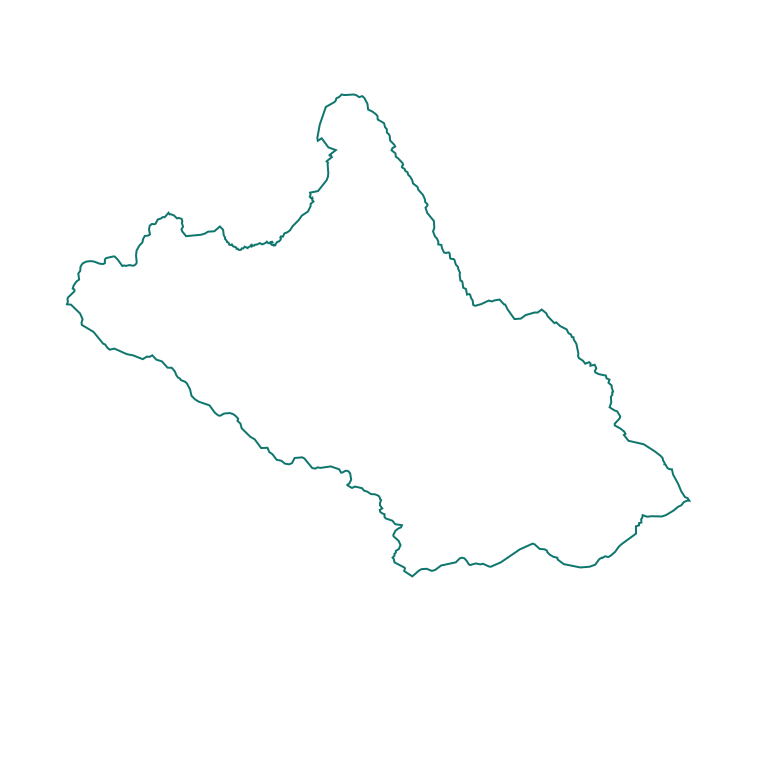 outline of Bo Phloi, Kanchanaburi, Thailand, rotated 317°
{"feature_id": "78962969B59995610664778", "entity_name": "Bo Phloi", "entity_type": "district", "adm_level": 2, "iso_a3": "THA", "parent_name": "Thailand", "parent_adm1": "Kanchanaburi", "projection": "albers", "projection_center": [99.464, 14.382], "detail": "fine", "context": "isolated", "style": "outline", "palette": "teal", "viewbox_px": 768, "rotation_deg": 317, "n_neighbors": 0, "source": "geoboundaries", "source_scale": "gbopen_adm2", "svg_char_len": 6156}
<svg xmlns="http://www.w3.org/2000/svg" viewBox="0 0 768 768"><g transform="rotate(317 384 384)"><path d="M544.0,142.6L541.8,143.9L539.9,144.0L530.4,141.7L513.9,150.5L503.0,158.6L501.5,161.0L506.0,161.8L504.7,173.0L508.3,180.1L500.2,179.4L500.0,179.9L501.0,180.9L500.6,182.5L493.9,182.0L493.9,184.0L492.6,184.9L486.9,192.0L484.3,194.2L481.1,195.8L467.3,197.9L460.4,193.6L459.5,195.4L457.4,196.4L457.4,198.0L458.3,198.5L457.7,198.8L458.2,199.7L457.0,200.4L456.9,202.4L453.3,202.2L451.5,203.9L446.0,206.0L438.6,204.8L433.8,205.9L424.6,206.3L420.0,207.5L416.6,207.1L413.9,205.9L410.6,207.3L409.3,205.8L408.0,206.2L407.9,207.3L406.7,208.0L404.3,208.1L403.0,207.3L399.7,207.8L399.1,208.4L397.9,207.7L398.2,206.8L397.0,206.1L396.8,204.9L397.9,204.0L399.1,204.3L399.2,203.7L397.9,202.8L396.0,202.8L395.4,201.9L395.4,200.0L393.5,200.1L390.1,198.8L389.3,196.3L386.3,195.4L384.5,194.1L383.5,194.3L382.7,193.5L381.3,193.3L382.1,191.9L381.3,191.7L380.9,192.4L377.6,191.3L376.9,191.6L375.8,188.6L373.4,188.8L372.4,187.8L371.3,188.3L370.0,187.8L369.1,186.3L369.3,185.3L368.4,184.7L369.0,183.2L367.5,180.4L367.9,178.2L367.1,178.2L365.9,176.7L366.7,174.5L366.0,173.1L366.7,171.8L366.7,169.4L367.6,168.6L368.3,165.8L371.5,161.5L371.4,156.9L364.1,156.6L359.2,152.6L355.5,151.8L351.9,150.0L340.1,140.9L340.5,134.8L341.4,132.7L344.3,131.9L346.1,128.2L347.4,127.6L348.6,125.2L347.0,122.4L345.6,121.8L345.3,117.4L343.8,114.3L342.9,113.7L343.2,111.8L337.4,112.5L336.0,111.0L333.9,110.9L330.7,109.4L326.2,111.0L325.1,110.6L323.3,108.6L320.6,108.5L317.6,110.6L314.9,115.0L312.7,114.6L310.0,112.6L306.9,113.6L303.8,115.7L299.6,115.9L294.0,117.7L290.2,121.0L286.2,126.3L285.0,127.0L282.6,127.1L281.1,126.3L278.8,123.3L275.7,121.6L274.9,120.1L273.1,119.3L274.1,111.4L274.0,107.2L273.2,106.2L266.6,102.4L264.8,102.6L262.2,105.3L260.3,104.6L258.1,102.1L255.4,96.6L253.2,94.0L249.7,91.4L246.2,90.4L244.0,90.6L241.7,91.5L239.0,94.1L235.8,94.7L232.2,99.7L228.8,99.3L224.3,100.3L221.4,101.9L222.0,103.7L220.8,105.1L211.7,105.2L210.2,106.3L209.1,108.1L206.5,109.5L209.2,112.5L209.8,125.1L207.8,131.0L204.6,132.9L203.3,134.7L207.1,147.8L206.1,162.9L207.0,165.0L206.4,168.9L206.8,171.8L211.0,174.3L216.2,186.7L220.0,191.9L224.5,201.3L229.4,202.3L230.9,204.2L234.1,205.0L234.1,210.9L237.0,216.0L236.8,224.4L239.8,227.4L239.6,232.2L238.0,236.3L237.8,238.7L238.5,240.8L238.1,242.5L240.0,246.6L240.3,248.9L238.5,255.6L235.2,261.3L235.3,266.3L236.5,270.7L241.8,280.6L240.7,289.7L241.4,294.1L242.6,295.5L247.0,296.6L251.4,300.1L253.0,302.8L253.7,305.9L253.7,309.9L251.7,311.0L252.0,315.0L249.7,319.4L250.2,331.4L251.7,336.2L250.5,347.1L255.3,351.2L253.7,355.5L254.5,359.2L253.8,366.2L256.6,370.2L257.2,374.6L259.8,378.0L262.6,379.1L268.2,377.2L274.2,381.9L275.0,384.2L274.2,396.5L276.0,399.0L278.6,399.7L280.4,402.1L288.8,407.9L293.0,415.7L292.2,419.6L293.1,420.4L296.6,421.2L297.9,422.4L298.5,424.1L298.2,426.4L294.7,431.6L290.8,433.1L288.4,432.7L288.2,433.3L289.7,438.2L292.8,439.2L296.9,445.2L296.6,448.1L298.4,451.5L299.4,455.7L302.1,458.4L303.8,462.1L303.6,463.8L302.5,465.9L302.8,466.8L299.7,468.5L298.3,470.1L297.9,473.8L295.1,473.2L294.0,474.8L294.5,477.5L295.6,479.6L293.7,481.6L293.6,483.5L296.9,489.7L296.6,494.2L300.8,499.5L298.8,500.5L296.1,499.5L292.4,499.1L287.9,500.7L287.1,502.0L287.7,508.7L286.2,513.1L282.3,514.8L278.9,514.1L277.6,515.4L275.7,515.4L274.6,516.7L271.9,516.8L271.8,518.7L270.0,521.6L273.8,532.3L273.6,533.1L271.2,534.6L273.5,544.0L282.1,544.3L285.2,545.0L289.2,548.3L291.4,553.1L292.2,553.7L294.6,554.9L302.0,555.7L314.9,563.4L320.4,563.2L322.5,564.1L323.9,566.4L323.8,570.2L323.0,573.6L323.5,575.1L328.8,577.9L331.5,581.7L333.8,583.0L336.4,589.2L337.5,590.5L347.8,594.1L370.6,597.6L383.8,602.1L384.8,603.9L385.4,610.8L388.7,614.4L389.5,616.9L388.8,618.3L388.8,621.6L390.0,625.8L392.3,629.3L391.3,630.8L392.6,638.3L402.5,652.1L409.8,657.9L415.3,660.2L422.0,658.9L424.9,659.6L424.9,660.1L428.2,660.8L430.0,663.5L433.0,664.2L438.5,664.4L444.8,663.1L448.8,663.2L466.3,665.3L471.2,659.9L474.2,661.3L475.6,659.7L477.8,660.9L479.8,658.3L481.6,658.0L483.7,656.3L485.9,660.5L489.3,663.0L496.9,670.4L500.9,672.2L509.8,674.1L515.0,674.3L518.9,675.5L522.6,674.8L526.2,676.1L527.7,677.6L528.2,674.5L527.0,672.0L528.2,665.2L530.9,658.0L533.7,647.3L536.4,642.7L534.6,640.9L534.0,638.6L534.9,634.9L534.3,634.0L535.3,633.3L536.0,630.2L537.2,628.3L537.3,625.1L536.0,617.5L532.9,605.3L524.1,592.3L524.7,584.9L526.5,585.2L527.2,582.8L526.5,577.7L524.5,571.7L525.6,570.4L532.8,569.9L534.7,568.8L535.9,563.0L534.6,560.7L533.1,554.9L537.7,552.4L541.2,548.1L543.8,547.5L545.2,545.7L546.3,545.9L548.1,541.9L549.5,540.3L549.0,536.2L551.9,534.6L550.6,531.7L552.0,529.2L547.7,523.1L546.5,519.6L547.0,518.3L550.0,517.3L551.2,513.6L547.4,511.4L549.1,509.7L548.9,507.9L545.0,506.4L545.4,502.7L544.2,498.0L545.0,495.9L547.2,493.9L552.1,485.8L553.2,480.6L554.5,479.1L553.4,477.8L554.5,475.4L553.6,472.7L554.8,468.6L552.3,461.7L552.0,456.4L550.1,455.7L549.9,446.1L550.9,442.9L550.1,437.1L545.1,436.5L542.9,434.4L534.6,430.2L528.7,429.5L523.7,425.5L525.3,413.6L526.8,408.6L526.1,407.8L526.1,401.1L521.8,398.2L519.2,397.2L517.5,394.4L509.6,391.9L503.9,388.9L503.2,387.0L505.8,383.4L506.3,380.5L507.8,377.7L507.7,376.3L505.7,375.2L508.7,370.5L507.6,367.6L510.7,363.2L511.1,361.5L510.4,360.6L513.6,355.9L515.5,354.4L516.7,350.5L517.9,349.0L518.0,345.6L520.2,341.2L520.1,340.0L518.5,338.4L518.2,337.1L521.0,333.3L521.1,331.9L518.4,330.2L517.6,328.8L518.9,324.5L520.8,321.4L518.9,318.9L520.9,316.8L521.9,313.8L521.9,310.8L524.0,305.8L527.2,304.2L531.6,298.9L532.3,288.3L534.6,283.4L537.1,283.2L538.4,282.3L538.2,279.2L539.9,276.7L541.4,272.4L541.6,265.2L542.9,262.7L542.0,257.1L543.7,253.9L544.6,250.0L544.3,247.9L545.6,245.1L544.9,242.8L545.7,240.7L544.9,237.8L545.6,237.0L547.4,236.8L548.2,235.3L548.2,228.3L547.6,225.9L549.7,223.1L548.9,218.2L551.1,217.2L554.1,218.0L554.7,215.8L554.5,210.2L557.3,206.5L557.9,204.7L557.6,202.1L559.9,199.4L559.9,196.9L561.9,193.3L559.8,186.3L562.0,183.5L562.1,181.3L561.4,177.2L559.6,172.4L563.0,167.7L564.7,161.3L564.4,158.6L561.5,157.3L560.7,154.0L559.4,151.7L552.1,145.7L550.5,143.4L547.0,143.5L544.0,142.6Z" fill="none" stroke="#0f766e" stroke-width="2"/></g></svg>